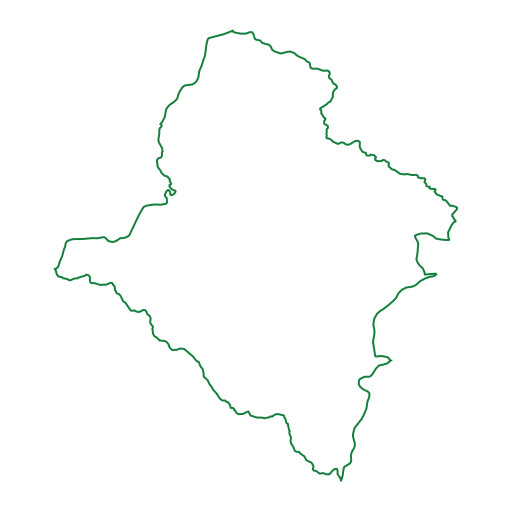 Murrupula, Nampula, Mozambique
{"feature_id": "85939544B53018455745149", "entity_name": "Murrupula", "entity_type": "district", "adm_level": 2, "iso_a3": "MOZ", "parent_name": "Mozambique", "parent_adm1": "Nampula", "projection": "robinson", "projection_center": [38.672, -15.419], "detail": "fine", "context": "isolated", "style": "outline", "palette": "green", "viewbox_px": 512, "rotation_deg": 0, "n_neighbors": 0, "source": "geoboundaries", "source_scale": "gbopen_adm2", "svg_char_len": 6025}
<svg xmlns="http://www.w3.org/2000/svg" viewBox="0 0 512 512"><path d="M341.0,481.3L342.7,475.3L343.5,469.2L344.3,466.9L349.9,463.5L350.9,461.9L351.2,460.1L350.9,454.9L352.0,451.6L353.8,448.6L354.9,445.6L354.7,442.8L352.9,436.3L353.1,433.7L354.1,429.4L354.7,427.8L361.6,419.0L363.5,415.5L366.4,408.7L367.4,401.8L369.2,397.1L369.5,394.3L369.1,392.8L368.0,391.7L362.7,389.0L360.3,386.9L358.8,384.4L358.9,380.8L359.7,379.2L363.5,377.2L365.5,376.7L369.0,376.8L370.7,376.0L372.3,374.4L375.8,368.8L378.9,365.5L384.2,364.4L387.3,363.3L390.9,360.5L389.7,360.0L388.8,358.1L386.9,357.0L381.6,356.0L375.9,356.5L375.2,356.1L373.0,341.7L374.5,333.5L374.2,328.6L373.3,324.9L374.2,318.9L377.0,313.8L380.4,310.8L383.3,309.1L388.2,305.3L393.1,301.1L395.9,298.1L398.6,293.1L401.9,289.8L406.4,287.5L412.1,286.7L414.2,285.9L415.7,285.1L420.0,281.3L425.1,278.4L429.9,276.8L433.0,276.4L434.8,275.6L436.3,274.4L435.9,273.7L424.8,274.5L424.5,272.1L422.6,268.1L419.7,265.5L418.0,263.2L416.5,259.9L416.5,258.9L417.5,252.9L418.2,243.6L417.8,242.0L415.1,237.1L414.9,236.0L416.2,235.0L420.9,233.5L427.4,233.4L432.9,235.9L436.3,238.7L442.3,239.7L448.0,240.1L449.2,239.7L448.4,237.8L448.1,232.3L451.7,224.9L453.7,222.3L455.5,221.4L455.5,220.5L453.7,218.6L453.0,216.7L452.3,216.2L452.2,214.6L456.9,209.2L457.1,207.8L456.3,207.0L452.2,205.7L450.1,205.8L446.0,200.5L443.2,199.8L442.7,199.2L442.3,196.6L441.3,196.1L440.4,196.2L439.3,195.3L437.8,194.9L436.4,194.1L434.6,191.5L435.6,189.9L435.2,189.1L430.4,188.7L429.6,188.2L429.5,186.7L427.7,186.6L426.5,186.0L426.1,183.8L424.5,182.1L425.4,179.5L425.1,178.7L424.5,178.3L420.6,178.2L418.0,177.3L417.8,175.8L416.3,174.8L412.0,175.1L407.6,174.0L404.4,174.4L400.0,173.8L394.4,169.8L392.4,169.6L389.1,166.9L388.5,165.3L389.0,163.6L388.5,162.5L386.3,161.6L384.9,160.3L383.1,159.9L381.5,161.1L377.3,161.1L375.3,160.0L375.1,158.4L375.9,157.6L375.9,156.9L373.8,155.1L370.6,154.6L369.7,155.6L366.8,155.5L366.2,154.6L365.8,152.9L362.6,151.9L360.4,148.7L359.7,146.2L359.9,142.2L358.6,141.0L356.1,140.8L355.0,141.1L350.1,144.1L347.7,144.8L345.7,144.3L343.7,142.8L342.5,142.5L341.2,142.4L338.6,143.8L337.4,143.7L332.8,141.6L331.5,140.0L329.6,138.8L326.8,138.2L326.4,137.5L326.8,135.4L326.4,134.4L326.8,131.3L326.6,130.2L326.8,129.0L327.4,128.6L328.0,127.5L327.9,126.3L327.1,125.4L324.4,124.0L324.1,123.1L324.3,120.7L325.3,119.7L325.3,118.3L323.8,117.5L322.2,114.4L321.3,113.6L321.3,110.4L320.3,109.7L320.1,108.8L320.6,108.1L326.7,104.3L327.8,103.0L330.4,101.4L332.9,96.9L332.8,93.4L333.4,91.6L334.8,89.5L336.9,88.0L337.0,87.3L336.6,85.8L335.4,84.5L333.5,83.7L331.5,79.8L329.2,77.9L329.0,75.5L329.7,74.3L329.6,72.4L328.5,71.0L327.4,70.6L322.9,70.7L317.4,68.7L312.6,68.7L311.0,68.2L310.4,67.0L309.8,63.3L309.1,62.5L306.4,61.1L305.1,59.3L298.6,56.5L296.1,54.9L295.5,53.8L292.7,52.4L290.1,51.6L287.8,51.7L282.4,53.2L280.4,53.4L274.4,51.4L272.0,49.5L270.9,46.7L269.0,44.8L262.5,43.1L260.0,40.4L256.2,39.7L254.9,38.8L253.4,34.2L252.4,32.5L251.7,32.1L249.1,32.4L245.9,33.6L241.2,33.7L235.1,32.6L233.1,31.7L232.8,30.7L223.8,34.2L209.1,38.0L207.9,39.1L207.1,41.4L206.5,44.2L205.0,55.7L203.4,59.8L201.9,65.0L199.2,71.3L198.4,77.4L196.7,80.9L195.0,82.8L192.2,84.5L185.0,85.4L182.5,87.2L179.1,92.5L177.1,98.9L174.2,101.8L169.7,104.8L167.6,107.1L166.2,109.3L164.7,117.2L162.5,121.5L160.4,124.0L161.5,124.9L161.6,126.4L160.1,127.9L159.4,129.2L159.2,134.7L158.3,140.0L159.0,142.6L162.1,148.1L162.6,151.2L161.9,152.3L162.0,155.5L161.2,157.3L157.9,158.6L156.9,160.5L157.7,166.8L159.3,169.2L160.0,169.8L161.6,172.9L163.5,174.9L165.5,176.1L167.6,176.5L168.6,178.3L169.8,179.0L169.7,181.0L171.1,183.5L170.9,184.3L169.6,185.0L169.4,185.9L169.6,186.8L171.8,189.4L175.3,190.8L175.6,191.6L174.4,193.6L172.9,194.8L171.0,195.1L170.5,194.7L170.0,191.9L168.7,190.1L167.7,190.2L166.4,191.4L164.8,194.8L165.2,196.4L166.7,198.0L167.0,202.0L166.6,203.3L164.8,204.2L164.0,204.0L160.9,204.8L155.6,204.5L151.3,204.8L146.2,205.8L143.6,207.0L139.3,214.2L129.5,234.9L128.5,236.0L125.7,237.5L122.9,238.1L120.3,238.2L116.3,240.9L113.1,242.0L110.8,241.7L108.3,240.9L105.5,237.9L104.4,237.3L102.9,237.2L97.3,238.3L92.7,238.1L82.2,239.0L73.8,239.1L70.8,239.6L67.1,241.2L65.8,243.1L65.0,247.0L63.9,249.6L62.2,256.1L59.9,261.3L58.1,267.0L56.3,268.5L54.9,269.0L55.8,270.7L56.8,274.3L58.2,276.4L62.0,277.2L63.4,278.3L67.2,279.0L68.8,280.1L70.3,280.3L73.9,278.7L78.2,278.1L79.0,277.4L84.7,275.8L86.2,274.6L88.6,275.3L89.4,276.2L89.9,277.2L90.0,281.3L90.9,282.8L91.6,283.2L94.4,283.1L99.7,284.8L102.2,284.9L104.0,284.5L105.8,284.8L110.3,282.9L112.3,283.1L113.1,284.8L114.7,286.5L115.0,290.1L116.0,291.2L116.4,292.7L117.1,293.4L119.1,294.2L120.4,295.6L123.3,301.4L125.5,302.8L130.3,310.0L131.6,310.8L134.7,310.5L136.0,311.4L138.0,312.0L140.6,311.5L143.2,310.0L145.1,310.2L146.3,311.4L147.3,314.2L149.4,315.6L150.4,317.4L150.6,319.2L150.2,321.5L150.4,323.1L150.8,324.0L152.7,326.3L153.0,327.1L152.4,328.7L153.1,334.0L154.5,336.4L156.4,337.3L159.7,340.5L164.2,340.9L166.3,341.7L168.5,344.2L169.7,347.7L171.5,349.5L172.6,350.0L176.8,349.8L180.2,348.5L184.2,349.0L193.0,356.5L195.6,359.9L197.5,361.6L198.6,361.8L200.6,366.5L202.7,369.2L203.6,373.4L203.8,376.7L207.6,380.1L209.9,384.9L211.1,385.9L213.0,389.6L217.2,394.1L217.6,395.2L220.4,399.2L222.6,400.5L225.2,400.5L226.3,401.8L228.4,402.5L230.2,405.5L230.6,407.8L233.4,408.1L234.0,408.8L234.2,410.1L234.9,410.3L236.5,412.9L238.3,414.2L243.2,413.9L246.9,411.9L248.4,411.6L250.5,415.4L256.5,417.5L262.2,417.6L264.1,418.3L269.2,417.3L270.5,416.4L272.5,416.5L273.5,415.5L276.3,414.1L278.1,414.1L283.5,415.3L284.0,415.8L284.3,417.2L285.6,419.4L286.3,422.6L287.0,423.5L287.8,423.7L289.1,430.3L289.7,431.3L289.3,433.3L291.0,437.5L290.6,441.3L290.9,443.0L293.4,447.2L294.8,450.8L296.6,451.8L299.1,451.9L300.4,453.6L304.4,456.4L306.3,460.2L311.5,462.7L313.2,465.4L313.4,467.0L312.8,469.2L313.3,470.0L313.9,470.5L316.6,471.1L318.0,472.5L319.9,473.6L323.1,473.1L326.5,474.3L328.7,474.3L329.8,474.0L331.9,471.3L334.4,469.1L336.8,468.9L337.6,470.5L337.6,474.2L340.5,478.4L341.0,481.3Z" fill="none" stroke="#15803d" stroke-width="2"/></svg>